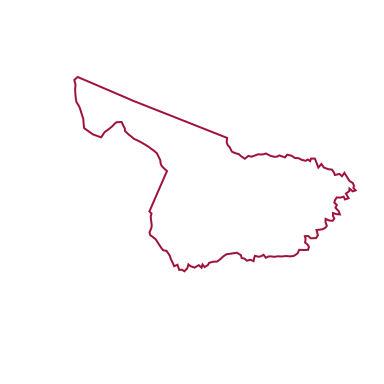 Janiópolis, Paraná, Brazil, rotated 112°
{"feature_id": "56859067B85579838513622", "entity_name": "Janiópolis", "entity_type": "district", "adm_level": 2, "iso_a3": "BRA", "parent_name": "Brazil", "parent_adm1": "Paraná", "projection": "albers", "projection_center": [-52.807, -24.153], "detail": "fine", "context": "isolated", "style": "outline", "palette": "rose", "viewbox_px": 384, "rotation_deg": 112, "n_neighbors": 0, "source": "geoboundaries", "source_scale": "gbopen_adm2", "svg_char_len": 2436}
<svg xmlns="http://www.w3.org/2000/svg" viewBox="0 0 384 384"><g transform="rotate(112 192 192)"><path d="M267.5,180.7L264.9,178.2L269.0,174.7L267.8,172.2L268.4,169.4L264.7,167.8L260.5,168.2L261.3,165.7L261.2,161.4L257.3,158.3L258.6,154.8L255.3,155.1L256.9,152.2L253.8,149.9L251.3,149.6L248.8,146.4L247.1,142.7L243.5,140.5L239.8,138.8L236.7,136.6L234.8,133.2L231.5,127.7L232.2,123.1L234.6,121.2L234.1,118.5L235.1,115.3L233.0,112.6L233.0,109.0L230.0,109.6L227.6,109.7L227.1,106.0L225.6,103.8L223.4,102.1L225.3,98.9L223.2,97.1L222.1,94.6L221.2,91.3L219.5,88.4L218.0,84.3L216.2,81.0L214.8,76.5L212.9,73.4L209.2,71.1L205.4,70.9L203.8,66.3L202.1,62.7L199.1,63.0L197.4,65.2L196.5,68.2L193.0,69.1L190.7,70.8L189.3,67.9L190.4,64.5L188.3,59.7L184.9,59.1L180.6,62.3L177.7,57.1L175.3,55.0L172.9,54.3L169.8,57.0L166.9,58.0L167.0,53.8L166.0,50.8L163.3,50.1L161.3,52.4L158.7,53.4L158.4,49.7L157.4,46.5L154.8,48.8L152.9,53.1L149.8,52.8L148.6,56.0L146.2,56.4L142.8,55.7L141.6,52.3L139.5,49.6L141.6,47.4L139.1,44.5L135.8,48.7L132.2,46.5L129.9,47.2L131.2,43.2L129.2,40.9L127.8,43.8L125.3,44.3L123.4,46.4L122.8,50.1L117.1,57.9L121.2,58.8L120.0,62.0L122.7,65.9L120.6,67.8L118.8,70.7L119.8,74.0L119.9,78.9L117.5,82.5L122.0,84.0L117.7,88.0L115.0,90.6L116.5,94.2L119.1,94.0L118.5,96.8L120.5,98.3L121.1,102.6L120.7,105.8L121.9,109.1L121.1,113.5L121.8,117.7L125.1,118.8L125.4,124.9L127.4,126.4L128.5,128.8L129.1,132.7L128.6,137.8L130.2,139.8L131.4,142.1L132.2,144.7L135.0,147.8L137.0,150.1L137.4,153.2L141.4,155.5L140.4,160.1L139.3,162.8L139.8,166.6L139.6,170.2L136.4,173.8L135.1,176.5L132.8,178.6L128.7,179.7L129.0,222.0L129.5,281.5L129.3,287.8L128.2,341.1L132.2,343.1L136.3,340.1L140.2,339.0L143.7,337.4L148.8,334.8L151.8,332.9L154.9,328.7L156.8,326.9L161.1,323.4L164.9,320.2L169.8,317.8L173.2,315.9L175.7,305.4L175.4,296.8L173.1,296.2L169.5,295.6L164.2,292.3L160.4,290.3L157.8,289.4L155.5,288.0L153.5,283.4L156.2,280.6L158.1,278.2L160.5,277.0L162.4,272.3L163.4,268.8L164.5,265.6L164.5,262.9L165.0,257.3L165.8,252.4L166.3,249.4L167.2,246.1L168.2,241.9L169.3,239.0L174.4,233.3L177.3,231.8L179.2,229.9L180.6,226.8L182.0,223.0L187.4,223.2L205.8,223.7L209.7,223.8L226.0,224.2L227.1,221.5L230.5,221.0L234.8,218.6L238.4,216.7L241.1,216.2L245.4,216.3L247.7,214.5L248.3,211.8L249.5,207.8L252.0,204.4L253.4,202.3L255.2,199.8L256.8,196.8L256.1,193.6L257.8,191.0L259.5,188.6L262.0,186.6L264.3,184.0L267.5,180.7Z" fill="none" stroke="#9f1239" stroke-width="2"/></g></svg>